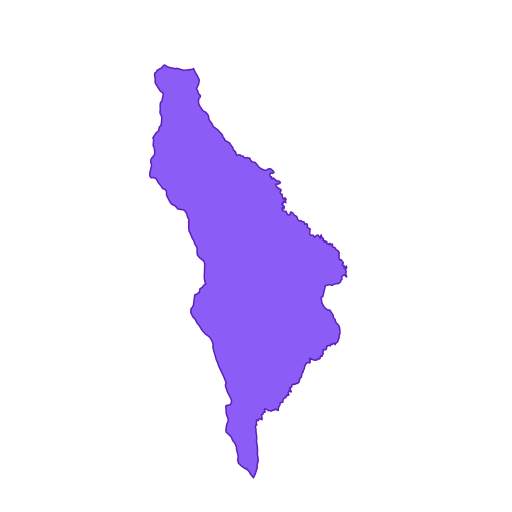 Cañasgordas, Antioquia, Colombia, rotated 162°
{"feature_id": "7082276B88320735192302", "entity_name": "Cañasgordas", "entity_type": "district", "adm_level": 2, "iso_a3": "COL", "parent_name": "Colombia", "parent_adm1": "Antioquia", "projection": "equal_earth", "projection_center": [-76.052, 6.813], "detail": "fine", "context": "isolated", "style": "filled", "palette": "violet", "viewbox_px": 512, "rotation_deg": 162, "n_neighbors": 0, "source": "geoboundaries", "source_scale": "gbopen_adm2", "svg_char_len": 6130}
<svg xmlns="http://www.w3.org/2000/svg" viewBox="0 0 512 512"><g transform="rotate(162 256 256)"><path d="M181.3,207.6L181.0,209.5L179.7,210.7L178.3,210.4L177.1,210.7L176.9,208.8L176.5,208.2L176.2,208.3L176.2,211.2L175.0,213.6L175.2,215.8L173.8,216.3L173.2,217.6L173.3,218.4L175.3,217.5L175.9,217.6L175.3,219.7L176.5,220.5L176.4,221.2L175.4,222.0L175.1,222.7L176.2,226.2L177.4,226.4L177.7,228.2L177.6,229.0L176.7,230.5L176.8,232.3L175.8,233.0L176.3,235.6L177.8,237.1L178.4,239.6L180.1,240.9L180.2,242.6L179.7,243.2L179.7,243.6L180.9,243.5L181.4,244.8L182.0,245.2L182.4,245.1L182.7,244.1L182.9,244.1L183.5,245.1L184.7,245.6L184.3,247.8L184.7,248.3L185.3,248.4L186.1,247.8L186.8,248.1L185.9,249.3L187.3,250.3L186.5,251.8L187.5,252.6L187.6,255.7L188.0,255.6L188.7,253.9L189.5,253.2L189.7,254.6L190.6,256.8L192.7,256.7L194.6,255.7L195.4,258.3L196.7,258.4L198.0,259.8L198.1,260.5L197.3,262.7L196.1,264.9L198.2,267.2L198.2,267.9L197.6,269.1L197.6,270.8L199.9,271.4L199.6,272.6L200.0,273.7L201.5,274.4L202.4,275.8L203.8,275.9L204.5,276.7L205.1,278.2L205.1,281.0L207.1,283.2L207.8,285.5L208.6,286.7L209.1,287.0L209.7,286.8L211.1,284.7L213.3,285.6L213.6,289.1L215.6,289.8L216.9,291.8L216.6,292.9L216.0,293.8L215.5,293.7L214.9,292.3L213.8,293.9L213.8,294.7L215.2,296.6L215.2,297.6L214.1,297.5L213.3,299.1L211.2,297.7L211.0,299.3L209.8,300.7L210.6,302.4L211.1,302.3L211.9,301.1L212.3,301.6L212.7,304.9L212.0,306.4L212.8,306.9L213.3,307.7L213.4,309.4L211.9,310.4L211.8,311.0L212.4,312.3L213.5,312.4L213.4,313.6L214.5,314.2L214.7,315.7L215.4,316.7L215.2,317.5L214.5,318.2L212.8,317.5L210.7,317.8L210.1,318.6L211.2,320.3L212.8,320.7L215.5,324.8L216.9,324.4L217.2,325.2L216.8,326.5L217.9,327.0L217.8,328.7L216.8,330.1L216.1,330.3L214.8,329.5L213.2,329.8L213.1,330.4L213.6,331.9L214.9,334.0L216.0,334.8L217.5,335.0L219.3,334.4L221.0,334.7L223.8,337.1L225.7,339.4L227.8,345.2L230.7,346.7L231.7,349.5L231.6,350.8L234.1,352.4L236.4,352.6L237.6,355.1L239.3,355.8L239.9,357.0L241.2,357.6L243.2,357.7L243.4,361.5L244.8,364.4L244.6,366.7L245.0,367.3L246.2,371.5L248.1,373.9L250.0,375.6L249.7,377.5L250.3,377.8L250.7,379.6L250.5,381.1L250.9,382.3L253.7,388.3L256.7,392.4L256.9,395.1L258.6,400.5L257.9,403.6L258.2,405.4L259.3,408.2L261.6,410.5L263.3,416.4L263.4,418.0L263.0,421.0L262.0,422.5L261.8,423.6L260.0,424.3L259.4,425.4L259.5,426.2L260.2,427.3L260.5,429.0L260.4,431.2L260.8,432.6L260.7,433.8L257.5,437.1L255.5,441.0L256.3,446.5L257.2,450.4L257.4,453.4L259.6,453.3L267.3,454.9L272.9,458.8L274.9,459.1L280.1,462.1L281.7,463.3L283.6,465.6L284.5,466.0L288.2,463.9L290.0,463.8L291.8,463.1L292.5,463.3L293.6,462.0L295.9,461.1L296.8,458.7L297.0,456.4L297.4,454.6L298.2,452.8L298.3,451.3L296.4,443.5L295.6,441.7L294.2,440.1L294.2,438.5L297.4,432.7L299.3,431.6L300.4,429.5L301.9,424.6L302.9,422.5L303.1,420.7L302.7,418.9L302.8,416.8L304.7,412.0L305.5,410.9L305.7,409.6L307.9,408.7L310.1,405.1L312.9,404.0L317.5,400.3L317.5,398.1L319.7,392.8L319.4,389.7L320.5,385.0L321.8,383.3L325.4,381.0L326.4,379.8L327.0,378.1L327.3,374.4L331.3,367.9L332.2,365.1L331.9,363.2L331.0,362.6L329.3,362.3L327.2,360.6L326.2,355.8L324.6,351.8L324.1,349.3L321.9,347.3L321.5,346.5L321.3,344.9L322.3,341.3L321.2,334.2L320.2,331.3L317.3,328.5L315.8,324.8L311.1,322.5L309.9,321.4L309.2,319.4L308.8,317.0L309.1,314.5L308.5,310.8L309.6,309.4L309.9,307.6L311.2,303.9L312.0,300.4L311.6,298.8L311.2,293.2L310.4,289.6L310.5,286.4L309.5,282.2L311.3,276.3L311.4,274.9L310.2,271.8L307.2,267.1L307.1,265.7L307.5,263.5L311.9,251.4L312.4,248.5L312.6,245.7L312.4,245.0L314.9,244.3L316.8,242.7L319.3,242.2L321.4,238.6L322.3,238.8L324.1,237.9L325.8,238.1L326.3,237.8L330.7,228.6L332.3,227.0L334.2,225.8L335.4,222.6L335.4,221.1L334.7,217.1L333.4,214.7L332.8,210.7L331.2,206.3L330.5,202.9L329.3,199.7L328.6,198.8L328.4,197.6L325.3,193.5L324.5,190.8L324.0,187.7L324.2,184.9L325.1,182.8L325.4,180.8L325.8,169.4L325.4,165.5L325.5,163.1L324.0,151.3L323.6,145.9L323.8,144.0L324.8,143.1L325.1,142.4L325.3,139.6L325.1,134.6L323.9,127.7L324.1,125.7L324.5,124.5L326.5,122.5L330.4,123.0L331.1,122.6L333.1,114.7L332.8,110.1L333.0,109.0L333.9,107.2L335.8,105.0L336.5,103.8L338.6,99.4L338.8,97.8L335.5,91.7L335.2,87.7L333.9,84.3L333.6,80.3L334.3,78.1L334.7,71.4L335.2,69.8L336.4,68.1L336.7,64.3L335.1,61.3L332.6,57.8L331.4,56.6L330.7,56.8L330.5,55.7L329.2,53.2L328.7,50.5L327.4,47.0L326.8,46.0L324.1,48.9L320.5,53.9L319.7,56.2L318.3,59.0L317.4,60.0L316.6,62.7L315.9,67.5L315.0,69.3L313.7,74.1L312.9,79.2L311.2,83.8L310.4,88.6L309.5,91.6L309.4,93.5L308.7,95.0L307.5,95.1L307.5,96.4L306.2,99.7L304.6,98.8L303.1,100.3L300.9,98.6L300.3,99.9L300.0,102.8L299.6,103.3L298.3,103.4L297.6,104.8L295.6,104.8L295.4,105.7L295.5,107.3L294.8,107.9L294.1,107.7L291.8,105.0L290.3,104.5L289.6,103.8L287.2,104.1L285.9,103.8L284.7,104.5L283.2,102.5L282.6,102.3L281.8,104.2L281.0,105.4L279.2,107.1L278.3,109.0L275.8,108.7L275.3,109.3L275.1,110.5L273.7,111.8L272.3,112.4L271.5,112.0L270.4,113.7L269.3,114.2L269.0,114.1L269.1,113.5L268.0,113.6L267.5,114.3L267.7,116.2L266.6,117.4L264.8,115.9L264.4,116.4L264.4,117.4L264.9,119.7L264.3,119.6L264.0,120.3L262.7,120.4L261.5,122.4L260.3,122.6L259.4,121.9L258.8,122.3L257.9,122.0L256.7,122.5L255.9,121.9L254.0,122.9L252.8,124.6L252.4,126.0L250.5,126.6L248.5,130.2L247.0,131.1L246.7,132.4L245.3,133.4L243.0,137.1L240.3,138.7L239.3,138.6L238.3,137.8L237.5,137.9L236.9,139.3L237.1,139.8L236.7,140.3L237.0,140.8L236.7,142.0L236.0,141.9L235.2,140.6L234.5,140.4L232.7,138.8L230.0,138.3L228.7,139.2L227.6,138.4L226.7,138.9L225.6,140.7L224.0,140.3L223.6,141.4L222.1,142.4L222.3,143.9L221.3,144.8L221.1,146.0L220.3,146.1L219.1,145.3L218.4,145.4L217.3,146.4L217.2,147.7L216.4,147.9L215.7,148.6L213.8,148.2L213.0,147.6L211.8,149.0L210.6,148.3L209.0,149.1L208.0,147.4L206.9,148.4L205.0,149.0L202.1,152.8L201.3,155.0L200.2,156.1L199.2,159.3L198.6,162.8L199.0,164.8L200.6,168.3L200.4,171.3L201.4,173.2L201.0,176.0L202.5,181.8L204.4,182.6L205.4,183.6L206.6,185.7L207.1,187.1L207.8,191.2L206.9,196.2L206.4,196.7L205.2,196.6L204.8,197.1L199.2,206.3L195.1,206.1L192.6,204.5L191.1,204.9L188.3,204.9L186.4,204.3L183.8,205.1L182.4,206.8L181.3,207.6Z" fill="#8b5cf6" stroke="#5b21b6" stroke-width="1.5"/></g></svg>